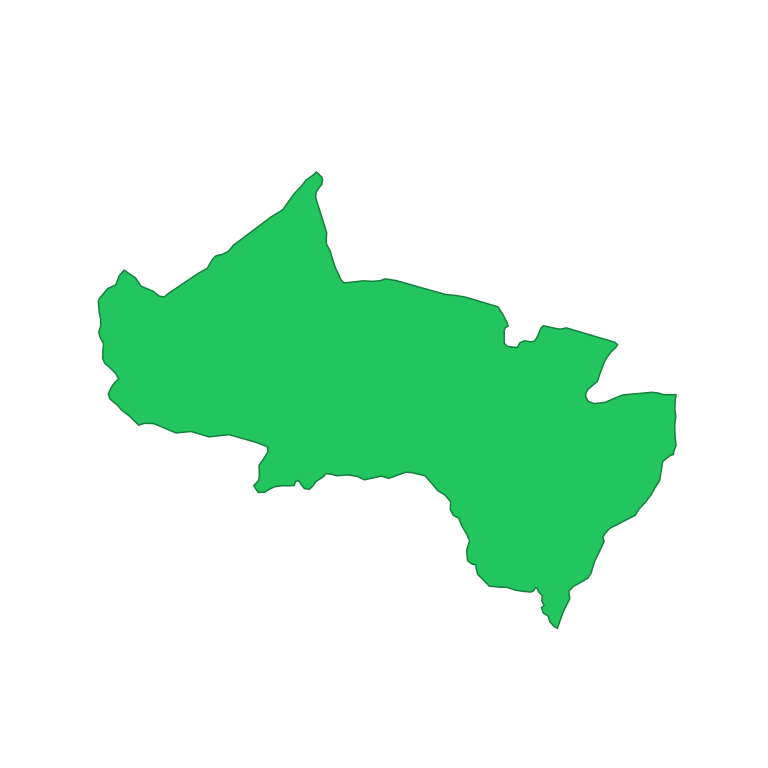 outline of Santa Rosa, Canelones, Uruguay, rotated 197°
{"feature_id": "84410073B29555831228815", "entity_name": "Santa Rosa", "entity_type": "district", "adm_level": 2, "iso_a3": "URY", "parent_name": "Uruguay", "parent_adm1": "Canelones", "projection": "albers", "projection_center": [-56.067, -34.521], "detail": "fine", "context": "isolated", "style": "filled", "palette": "green", "viewbox_px": 768, "rotation_deg": 197, "n_neighbors": 0, "source": "geoboundaries", "source_scale": "gbopen_adm2", "svg_char_len": 2976}
<svg xmlns="http://www.w3.org/2000/svg" viewBox="0 0 768 768"><g transform="rotate(197 384 384)"><path d="M681.4,379.5L677.6,370.0L673.8,362.8L671.9,356.6L672.0,350.3L669.3,345.9L664.0,340.7L663.1,336.0L662.0,331.2L660.5,326.4L657.2,322.2L650.3,319.1L643.7,315.6L639.3,311.3L642.6,305.0L643.9,300.5L644.8,294.0L641.8,289.6L633.4,286.1L626.7,282.0L619.0,279.3L606.5,272.9L601.7,276.3L592.7,278.8L568.6,276.4L554.6,282.2L535.9,282.3L517.2,290.3L490.6,290.7L477.3,290.0L475.1,285.3L477.4,276.8L479.7,269.8L476.4,259.9L475.6,255.1L477.7,250.9L478.9,248.9L476.4,246.5L472.6,243.5L466.4,245.6L462.2,250.6L458.1,254.0L451.3,257.1L444.9,258.9L440.2,260.7L440.0,265.0L437.4,266.7L434.1,263.8L429.7,260.8L424.6,261.4L422.0,266.1L420.6,270.8L415.1,277.3L413.1,281.4L407.0,282.4L402.3,282.5L392.0,286.5L382.8,287.8L374.6,286.7L359.6,295.1L351.8,295.2L337.2,306.1L330.9,307.5L323.3,307.9L318.0,308.3L310.0,303.3L301.4,297.8L292.9,295.5L285.7,290.7L284.0,283.5L279.3,278.6L273.4,277.6L268.4,271.4L260.2,263.8L256.3,258.9L256.3,249.1L254.1,243.5L252.4,239.5L247.0,237.5L243.3,237.9L241.6,234.1L238.7,229.2L231.7,225.7L224.2,221.5L214.1,223.5L206.8,225.5L197.6,225.3L189.7,226.5L182.7,228.0L180.4,230.0L179.7,233.5L178.0,233.5L175.2,230.3L170.8,228.0L169.7,222.8L166.2,219.0L168.0,216.2L164.8,211.6L158.8,209.9L156.2,205.4L150.6,201.9L146.7,201.0L146.1,218.5L143.5,232.9L146.7,239.8L143.7,245.7L132.4,257.7L130.7,263.6L130.7,276.0L128.7,288.9L127.5,298.0L130.0,301.3L128.6,306.3L126.0,311.9L105.4,331.9L103.5,339.1L99.4,347.4L96.0,356.8L94.7,363.3L92.2,372.2L93.5,382.0L94.8,391.3L92.3,395.2L89.0,399.7L86.6,401.1L87.2,404.3L86.7,410.4L90.7,420.0L93.9,429.3L95.4,438.1L98.4,444.7L100.9,454.3L101.6,459.2L113.5,455.6L119.6,455.5L125.6,454.3L138.6,449.0L152.3,443.5L159.0,438.1L167.3,431.0L177.3,426.7L183.8,427.2L187.7,431.2L188.2,434.9L187.2,438.8L184.5,443.1L180.7,448.8L180.5,457.6L179.7,469.3L179.0,473.2L176.3,481.0L173.2,486.3L172.1,489.9L175.5,491.4L226.0,491.0L231.4,488.0L235.6,487.4L243.4,486.7L248.7,486.4L250.2,483.3L250.8,478.5L250.9,475.5L252.5,468.9L256.4,467.1L262.4,466.4L266.2,463.0L267.2,457.8L277.2,456.0L280.9,458.2L282.1,462.1L283.1,465.4L284.6,469.8L284.6,473.2L282.2,475.8L284.1,478.5L290.9,485.5L297.6,491.1L331.6,490.9L341.0,489.7L351.1,487.6L376.3,487.0L402.4,486.5L413.5,484.9L417.8,481.7L424.8,478.9L434.1,476.6L443.6,472.4L451.9,469.0L455.9,471.3L459.6,475.8L464.0,480.3L469.2,487.6L474.4,495.5L479.9,501.0L481.8,506.5L482.9,511.5L486.8,517.5L498.7,534.7L504.0,542.6L504.9,547.5L503.7,552.2L501.9,556.4L502.3,561.1L503.9,563.6L510.7,567.0L512.1,564.2L514.8,560.5L518.2,556.1L520.7,549.3L525.2,540.5L528.0,532.5L531.7,521.2L540.8,510.8L568.5,472.8L571.7,465.1L577.0,460.4L582.0,457.6L584.2,453.9L585.5,448.8L586.9,442.9L594.2,435.3L611.7,413.6L616.3,408.1L619.7,402.9L624.8,402.3L631.7,405.2L645.0,406.5L652.5,412.7L665.9,416.9L668.9,409.8L669.5,400.4L676.0,394.6L679.1,387.4L681.1,382.6L681.4,379.5Z" fill="#22c55e" stroke="#15803d" stroke-width="1.5"/></g></svg>